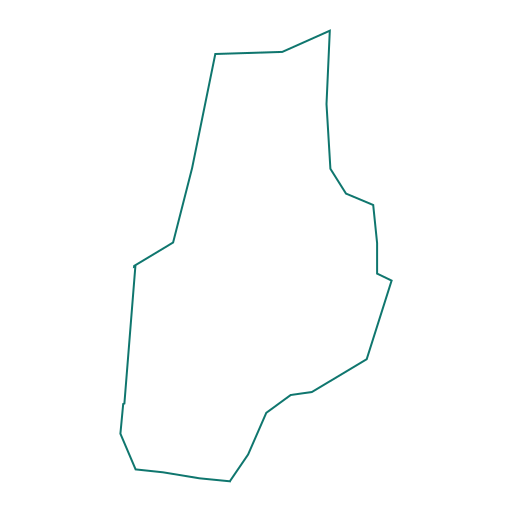 Buk-gu [North Distrikt], Busan, South Korea
{"feature_id": "91817680B37722151409475", "entity_name": "Buk-gu [North Distrikt]", "entity_type": "district", "adm_level": 2, "iso_a3": "KOR", "parent_name": "South Korea", "parent_adm1": "Busan", "projection": "robinson", "projection_center": [129.021, 35.229], "detail": "fine", "context": "isolated", "style": "outline", "palette": "teal", "viewbox_px": 512, "rotation_deg": 0, "n_neighbors": 0, "source": "geoboundaries", "source_scale": "gbopen_adm2", "svg_char_len": 495}
<svg xmlns="http://www.w3.org/2000/svg" viewBox="0 0 512 512"><path d="M215.3,54.0L192.1,168.1L173.1,242.5L134.2,265.9L134.1,266.6L135.4,265.9L124.6,400.9L124.4,403.5L123.2,404.0L120.4,433.7L135.6,469.4L163.0,472.3L199.4,478.3L229.9,481.3L229.9,481.2L234.6,474.3L248.1,454.5L266.3,412.8L290.7,395.0L311.9,392.0L366.7,359.2L391.6,280.6L377.1,273.6L377.1,243.1L373.2,205.0L346.0,193.6L330.4,168.8L326.5,104.1L329.8,30.7L282.3,51.9L215.3,54.0Z" fill="none" stroke="#0f766e" stroke-width="2"/></svg>